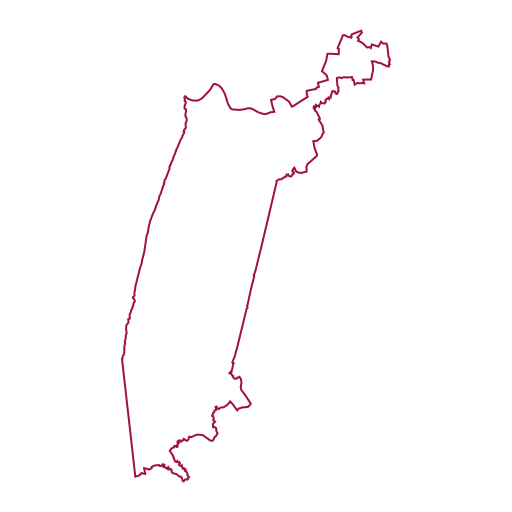 outline of Amphawa, Samut Songkhram, Thailand
{"feature_id": "78962969B68169586280131", "entity_name": "Amphawa", "entity_type": "district", "adm_level": 2, "iso_a3": "THA", "parent_name": "Thailand", "parent_adm1": "Samut Songkhram", "projection": "robinson", "projection_center": [99.924, 13.363], "detail": "fine", "context": "isolated", "style": "outline", "palette": "rose", "viewbox_px": 512, "rotation_deg": 0, "n_neighbors": 0, "source": "geoboundaries", "source_scale": "gbopen_adm2", "svg_char_len": 6015}
<svg xmlns="http://www.w3.org/2000/svg" viewBox="0 0 512 512"><path d="M386.2,43.5L383.3,43.6L381.0,41.8L378.4,46.6L371.8,44.4L370.8,48.1L369.3,47.1L367.1,47.5L363.0,43.4L360.3,41.7L358.1,40.9L358.9,39.1L357.5,37.5L361.9,32.6L361.1,30.7L351.9,34.3L351.3,35.1L351.6,37.3L351.1,37.8L350.0,37.2L347.7,36.8L344.7,35.2L343.0,35.2L337.6,48.1L339.0,49.1L338.6,54.2L329.9,53.7L327.4,53.9L326.2,60.7L322.0,71.1L326.7,75.4L327.9,79.9L318.0,82.8L318.8,87.0L316.6,87.5L316.1,88.9L306.7,90.8L306.8,94.4L307.7,96.8L292.4,106.6L291.7,106.6L291.5,105.5L290.9,105.1L290.1,103.2L288.6,101.3L283.3,97.4L280.8,96.4L277.3,96.3L275.1,98.9L271.0,99.9L272.4,105.8L274.3,111.8L270.5,112.3L265.8,114.1L263.5,114.0L258.1,112.2L252.3,108.9L249.5,108.2L247.9,108.2L244.5,109.2L239.6,109.9L233.0,109.5L231.3,109.0L230.1,107.6L228.0,103.9L224.8,93.7L222.0,88.7L219.2,85.7L215.4,84.0L214.2,84.0L213.1,84.7L210.7,89.0L207.0,93.2L202.0,98.3L199.0,100.1L197.0,100.6L192.5,100.5L188.1,98.8L185.2,96.2L184.3,97.4L184.9,99.1L184.6,100.8L185.6,101.7L185.8,102.6L185.6,103.6L184.7,105.2L184.5,108.2L184.6,108.7L185.8,109.2L186.2,110.2L185.4,114.4L185.5,116.8L186.2,117.3L186.6,118.1L186.7,120.9L185.5,123.5L185.9,127.4L185.3,128.8L184.5,129.3L183.6,131.5L184.3,132.0L184.1,133.0L182.3,136.0L182.2,137.2L180.7,139.5L177.4,147.7L176.4,149.1L176.4,150.6L175.5,151.6L175.2,153.5L173.8,156.1L172.4,160.7L171.8,161.3L170.5,165.0L170.0,165.4L170.0,166.2L169.4,166.9L169.7,168.3L165.5,179.2L164.9,179.5L164.5,180.4L164.5,182.2L163.8,183.3L164.2,184.0L162.8,186.7L162.8,187.6L162.3,188.2L162.2,189.4L161.5,190.9L161.0,193.1L159.4,196.2L158.7,199.8L156.0,206.1L155.0,209.7L152.9,213.8L150.2,220.9L148.8,226.4L147.9,232.3L146.6,235.9L144.3,251.7L142.3,259.4L141.5,263.9L140.3,267.0L135.5,286.0L135.0,290.3L134.4,292.5L134.6,295.2L134.2,296.1L132.9,297.3L133.0,297.9L134.3,299.3L134.9,301.3L133.7,303.0L132.9,306.6L132.4,307.2L132.3,308.7L131.3,309.9L130.6,312.6L129.8,314.0L129.6,317.4L129.9,318.3L129.1,319.1L128.2,319.4L128.5,321.2L128.3,322.8L126.4,325.1L126.1,328.4L126.6,333.7L125.7,335.2L125.8,337.7L124.8,341.8L125.2,343.0L124.2,347.3L124.4,348.9L124.2,353.8L123.0,355.7L122.5,357.1L122.5,358.5L122.0,358.8L135.3,476.6L138.9,475.6L139.3,475.0L140.6,474.5L141.3,473.1L145.2,473.9L144.1,468.2L148.0,469.0L149.1,469.7L151.7,468.1L151.7,466.8L153.6,465.9L156.8,465.1L157.9,465.4L159.2,465.1L159.8,466.0L161.5,465.9L162.8,464.2L163.3,464.7L164.4,464.8L164.2,465.4L163.1,466.3L163.5,467.0L164.6,466.8L166.1,468.2L168.3,467.1L168.4,468.2L167.8,468.7L167.8,469.2L168.8,469.6L170.7,468.8L171.8,470.6L171.6,471.8L171.8,472.4L173.7,473.4L176.6,474.2L179.4,476.6L180.5,476.5L181.3,476.9L182.4,479.2L182.4,480.3L183.2,481.3L183.8,481.3L185.3,479.4L186.1,479.2L187.4,479.6L188.8,477.5L188.9,476.9L188.2,476.8L187.8,476.1L187.5,475.4L187.6,474.1L186.5,471.7L184.9,470.8L185.5,469.7L184.8,469.8L184.3,468.5L183.1,468.7L183.4,468.0L182.3,467.6L182.0,466.5L181.4,466.3L181.6,465.5L180.7,466.0L179.1,465.1L179.4,464.4L179.2,463.8L179.9,463.3L179.3,462.0L177.8,461.7L177.3,462.0L177.0,461.2L176.6,461.8L175.2,461.6L174.7,460.2L174.2,459.6L174.0,457.7L173.3,457.2L173.1,455.8L169.8,450.8L171.5,448.4L174.1,447.3L174.2,446.1L175.8,445.9L176.7,447.0L177.7,446.5L177.7,446.0L176.8,445.4L177.7,444.3L177.6,442.7L178.5,443.4L178.8,443.2L177.9,441.4L178.2,440.7L179.9,440.3L180.5,441.6L181.2,441.7L182.1,440.6L183.4,440.2L183.4,439.2L183.7,438.8L186.4,440.7L187.2,440.8L188.5,439.2L189.3,436.7L190.3,437.1L191.6,437.0L196.2,434.8L198.5,434.6L202.9,435.2L210.3,440.5L211.9,440.9L213.0,440.4L214.6,437.2L215.0,436.6L215.9,436.3L217.5,433.3L216.3,430.9L216.2,428.2L214.6,427.0L213.4,427.4L213.0,427.1L213.2,426.0L212.8,424.1L215.1,421.6L213.2,420.2L213.9,418.3L213.3,417.1L213.2,416.1L212.1,415.8L213.3,412.8L213.9,412.6L214.2,412.0L214.2,411.3L214.6,410.4L215.9,410.2L216.1,408.6L215.6,406.9L216.7,406.6L217.0,408.1L218.7,409.2L220.0,407.9L221.7,407.3L223.8,407.3L225.7,405.8L226.9,405.4L228.1,403.7L229.4,402.9L230.1,401.4L232.3,403.7L237.2,410.3L238.7,408.6L241.9,407.5L248.0,406.9L248.5,406.1L249.5,405.6L250.8,403.7L245.7,395.8L241.3,390.0L240.7,387.1L241.5,382.9L240.9,379.1L240.1,377.7L239.3,376.8L238.5,377.5L237.4,377.6L236.8,378.6L234.5,378.7L233.1,377.0L233.2,376.1L232.5,376.0L232.1,375.0L230.3,373.4L229.5,373.1L230.4,372.1L230.8,372.8L231.2,372.7L231.7,371.5L231.6,370.4L232.3,368.9L233.2,363.9L233.7,363.3L233.5,363.1L233.0,363.4L232.9,362.8L232.3,362.4L235.0,355.7L236.0,351.2L236.5,350.2L246.4,309.7L246.8,308.5L247.6,307.7L247.0,305.9L247.5,305.1L250.9,289.3L254.3,276.1L253.7,275.3L254.8,272.7L255.9,268.9L261.3,247.0L276.4,183.2L276.6,180.9L279.3,179.3L281.7,179.2L282.7,178.0L284.2,177.5L284.9,176.6L286.4,176.5L286.7,174.5L287.5,174.7L288.2,174.4L288.9,175.9L289.6,176.3L290.8,176.5L291.9,175.8L292.4,174.2L293.5,174.0L293.9,172.9L293.8,172.2L292.4,171.5L292.2,170.9L292.9,169.9L293.3,168.7L294.4,167.7L295.9,171.1L296.8,171.8L298.7,172.6L300.8,172.9L302.7,172.6L306.7,171.5L306.4,167.1L307.4,164.3L317.0,155.7L317.0,154.3L314.8,149.0L313.3,141.2L316.8,140.9L319.7,138.6L321.4,137.0L322.2,134.8L323.7,132.6L322.4,125.4L318.7,119.7L318.8,119.4L319.9,118.9L319.9,118.5L316.6,112.0L314.7,110.2L315.0,109.1L313.6,108.2L313.8,106.4L314.4,106.2L314.9,107.0L315.8,107.2L316.2,106.6L315.8,105.8L315.9,104.9L318.9,106.7L319.1,105.3L320.5,103.5L320.8,102.0L322.0,103.1L324.6,103.5L325.0,102.5L325.8,101.9L325.4,100.2L326.8,98.7L328.0,98.9L328.4,97.8L329.2,98.8L329.5,97.6L330.8,97.6L330.8,95.1L331.4,94.4L331.9,92.2L332.6,91.8L332.6,91.1L335.0,91.5L335.8,93.5L336.7,94.0L337.4,93.6L338.0,91.6L338.6,90.9L338.3,88.7L338.6,87.7L337.7,86.5L337.3,85.0L336.9,77.9L339.9,77.4L341.6,78.2L343.5,77.2L347.0,77.5L352.1,77.1L352.6,80.0L353.6,79.9L354.7,84.6L357.5,82.9L359.2,83.4L362.1,83.0L364.2,83.4L363.1,79.6L371.1,79.5L373.1,69.7L372.8,65.0L371.9,61.3L375.7,61.6L377.6,62.7L380.4,63.0L387.4,66.5L389.0,66.4L388.8,64.7L389.8,64.2L388.9,62.6L389.4,62.1L389.3,60.8L389.8,60.4L390.0,59.7L388.5,56.5L387.5,47.2L386.8,44.1L386.2,43.5Z" fill="none" stroke="#9f1239" stroke-width="2"/></svg>